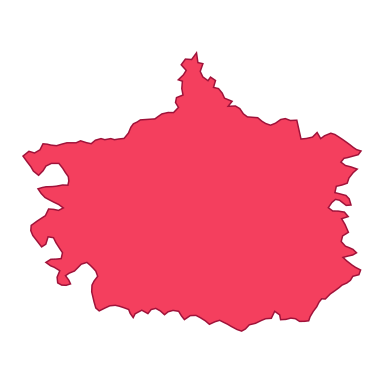 outline of Tenente Portela, Rio Grande do Sul, Brazil
{"feature_id": "56859067B44510514495911", "entity_name": "Tenente Portela", "entity_type": "district", "adm_level": 2, "iso_a3": "BRA", "parent_name": "Brazil", "parent_adm1": "Rio Grande do Sul", "projection": "mercator", "projection_center": [-53.772, -27.358], "detail": "fine", "context": "isolated", "style": "filled", "palette": "rose", "viewbox_px": 384, "rotation_deg": 0, "n_neighbors": 0, "source": "geoboundaries", "source_scale": "gbopen_adm2", "svg_char_len": 3190}
<svg xmlns="http://www.w3.org/2000/svg" viewBox="0 0 384 384"><path d="M196.5,52.9L191.6,59.5L185.4,59.1L181.2,64.8L186.2,70.4L183.4,74.9L178.3,79.8L182.4,81.2L181.8,88.6L183.0,95.0L176.5,97.6L175.5,102.5L178.5,107.4L173.5,112.6L168.1,112.5L161.9,113.9L158.3,116.4L154.9,118.9L140.4,119.9L137.2,122.0L133.4,123.8L130.9,127.2L128.5,133.0L124.1,138.4L118.7,139.0L114.5,139.7L110.8,138.6L104.8,139.7L101.0,138.6L95.4,140.2L91.2,143.7L86.5,142.7L80.6,140.8L76.1,142.8L71.5,142.8L66.9,142.8L61.9,144.1L56.6,145.7L50.9,145.1L47.3,144.2L43.0,143.8L40.0,149.8L34.5,153.0L28.9,151.3L23.0,156.1L27.2,161.9L30.8,166.6L33.4,171.1L38.6,175.3L43.1,170.7L46.0,166.0L51.4,163.4L58.9,163.4L62.7,168.2L65.3,172.4L68.3,176.6L68.8,181.0L67.9,185.2L62.6,185.0L56.3,186.2L52.2,186.6L46.0,186.8L42.4,187.5L38.0,188.8L41.2,193.5L45.0,197.5L48.7,199.5L53.7,202.1L58.7,204.5L63.3,207.9L58.5,210.4L53.8,209.4L48.6,209.0L45.4,215.7L42.1,217.8L36.8,221.3L31.2,225.4L30.8,230.6L32.8,235.5L36.6,240.4L41.6,246.9L45.8,244.2L48.1,236.8L53.5,237.7L55.9,242.6L59.5,248.2L62.5,252.7L61.2,258.6L56.3,259.1L50.8,259.3L45.9,262.4L50.6,265.8L54.3,267.3L59.8,270.7L57.1,277.2L57.7,282.9L61.7,285.1L66.1,285.3L70.5,283.9L68.8,280.2L65.5,275.7L69.1,273.2L74.5,271.0L77.7,267.8L81.2,264.2L86.9,262.4L90.3,265.3L93.0,268.0L95.8,271.1L97.7,276.3L94.1,281.0L92.0,285.1L91.7,291.8L94.0,301.7L95.8,308.0L99.2,310.9L104.8,308.1L109.8,305.8L115.3,305.3L119.3,306.2L123.9,307.7L128.7,309.5L130.2,313.4L133.2,317.6L135.1,313.8L138.4,312.0L141.8,310.2L147.9,313.6L151.2,309.5L155.8,308.4L160.3,310.9L164.5,314.7L168.1,311.8L173.0,310.4L178.7,311.3L181.4,315.8L184.4,319.6L190.3,315.6L196.0,315.4L200.2,317.6L205.3,320.8L209.4,324.3L215.1,321.7L219.7,320.3L223.6,322.3L227.5,324.2L231.2,326.4L237.0,329.5L241.6,331.1L245.4,329.0L249.3,324.8L255.5,323.3L261.7,320.3L265.7,318.7L271.3,318.3L274.7,311.3L279.7,314.9L280.6,319.7L285.8,319.4L290.8,318.1L295.4,318.7L299.6,321.4L304.6,321.3L308.7,320.8L310.1,316.7L313.3,311.3L316.7,306.8L319.0,302.2L321.7,298.8L325.3,299.0L330.3,293.9L334.9,290.7L339.1,287.6L342.0,285.1L346.8,283.0L350.4,280.3L352.8,276.3L358.9,274.7L360.6,270.0L355.4,267.3L351.8,264.9L346.6,260.8L343.0,257.4L347.8,256.1L352.7,255.0L356.5,252.8L353.0,249.4L349.5,247.8L345.4,246.2L341.2,241.5L342.6,235.9L348.4,232.3L345.0,224.5L341.6,218.7L348.2,216.6L344.4,212.1L338.2,211.1L332.7,211.0L328.3,207.7L331.8,202.5L335.5,199.4L339.5,200.2L343.2,203.1L346.2,205.4L351.0,205.0L349.2,198.9L346.0,195.5L340.0,193.9L334.9,192.6L336.3,186.3L342.0,185.0L347.2,183.2L349.0,177.9L353.2,172.6L357.2,169.1L351.0,166.9L345.4,165.5L340.9,162.1L344.0,158.3L347.6,157.6L354.1,155.8L358.2,154.7L361.0,151.0L356.5,149.6L353.2,147.4L349.8,144.7L346.4,142.2L342.6,139.5L338.2,136.6L334.9,134.5L330.8,133.2L324.5,135.8L320.7,138.6L317.1,132.5L312.5,137.1L306.3,138.5L301.0,139.0L296.8,120.2L290.4,120.5L285.3,118.6L280.7,119.5L275.5,123.2L270.5,125.2L265.6,123.5L262.0,121.3L257.7,117.7L247.4,116.9L243.4,113.9L239.8,108.6L235.4,106.0L228.1,106.3L232.1,101.3L224.5,98.2L222.2,93.1L218.5,88.6L213.5,87.4L215.5,80.5L210.5,77.1L208.0,80.7L202.8,76.9L200.2,71.4L202.9,63.7L197.9,62.6L196.5,52.9Z" fill="#f43f5e" stroke="#9f1239" stroke-width="1.5"/></svg>